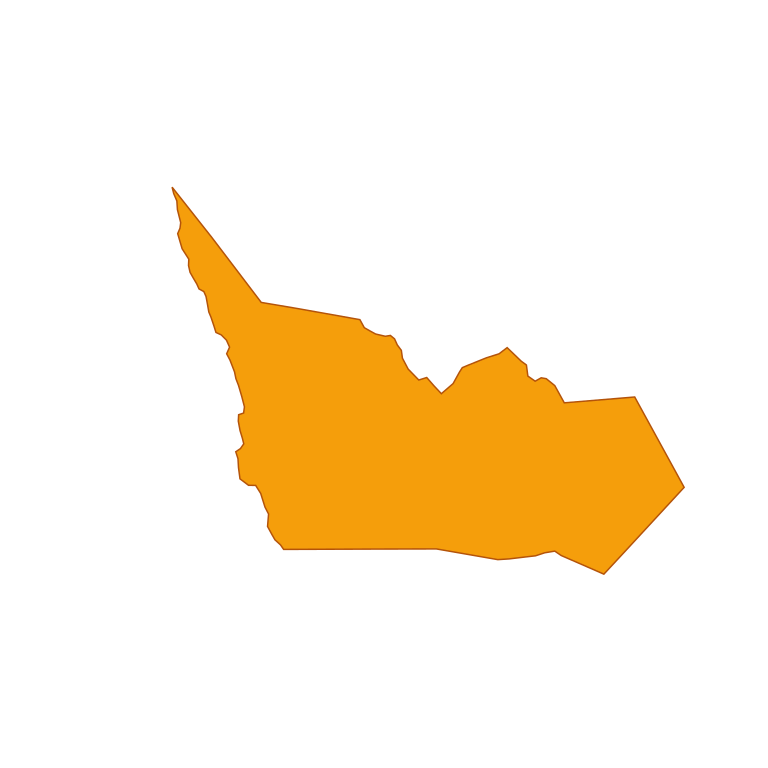 Venturosa, Pernambuco, Brazil (Robinson projection), rotated 320°
{"feature_id": "56859067B22186050292677", "entity_name": "Venturosa", "entity_type": "district", "adm_level": 2, "iso_a3": "BRA", "parent_name": "Brazil", "parent_adm1": "Pernambuco", "projection": "robinson", "projection_center": [-36.823, -8.579], "detail": "fine", "context": "isolated", "style": "filled", "palette": "amber", "viewbox_px": 768, "rotation_deg": 320, "n_neighbors": 0, "source": "geoboundaries", "source_scale": "gbopen_adm2", "svg_char_len": 1393}
<svg xmlns="http://www.w3.org/2000/svg" viewBox="0 0 768 768"><g transform="rotate(320 384 384)"><path d="M348.2,97.0L345.3,103.0L343.0,110.6L337.8,117.7L332.0,129.7L327.9,133.5L322.6,136.2L316.3,150.6L314.7,162.9L310.4,167.6L307.2,173.8L305.9,180.9L304.9,187.0L303.4,192.3L305.4,197.4L303.9,202.6L300.0,209.5L296.1,216.2L294.3,221.9L291.0,230.3L288.4,236.5L290.9,241.8L291.5,249.1L289.4,256.5L282.9,259.7L281.4,266.6L279.3,272.8L277.3,278.6L274.0,284.7L271.7,291.4L266.9,302.4L262.4,311.8L257.8,316.0L252.9,314.1L248.5,318.8L243.8,327.1L240.7,334.4L238.1,339.7L232.5,341.2L226.9,340.6L224.1,347.4L218.8,354.5L212.7,364.1L215.1,374.5L220.5,379.2L219.2,388.6L213.7,401.8L212.0,409.4L203.2,418.3L201.4,427.2L200.3,433.3L201.3,440.7L200.8,446.2L269.0,503.0L318.1,544.0L350.8,582.8L358.3,591.7L367.4,598.4L381.3,607.5L389.6,613.0L398.6,616.6L407.4,621.8L409.5,629.3L430.2,671.0L462.3,667.0L547.5,656.1L554.8,619.7L567.7,555.1L510.0,514.3L513.8,495.0L511.7,484.2L508.4,480.3L501.6,479.0L499.3,470.4L505.3,461.0L503.8,454.8L501.7,435.3L491.5,434.8L479.4,429.8L461.3,423.9L454.5,421.8L449.4,423.4L437.2,428.1L421.7,428.3L421.1,417.4L420.9,406.5L413.2,403.3L412.1,388.1L414.7,376.1L418.9,369.4L419.3,362.6L421.1,356.2L420.1,350.9L415.7,348.3L409.7,340.3L407.4,334.4L405.1,328.2L406.9,319.2L366.0,270.3L342.4,242.6L346.3,161.2L348.2,97.0Z" fill="#f59e0b" stroke="#b45309" stroke-width="1.5"/></g></svg>